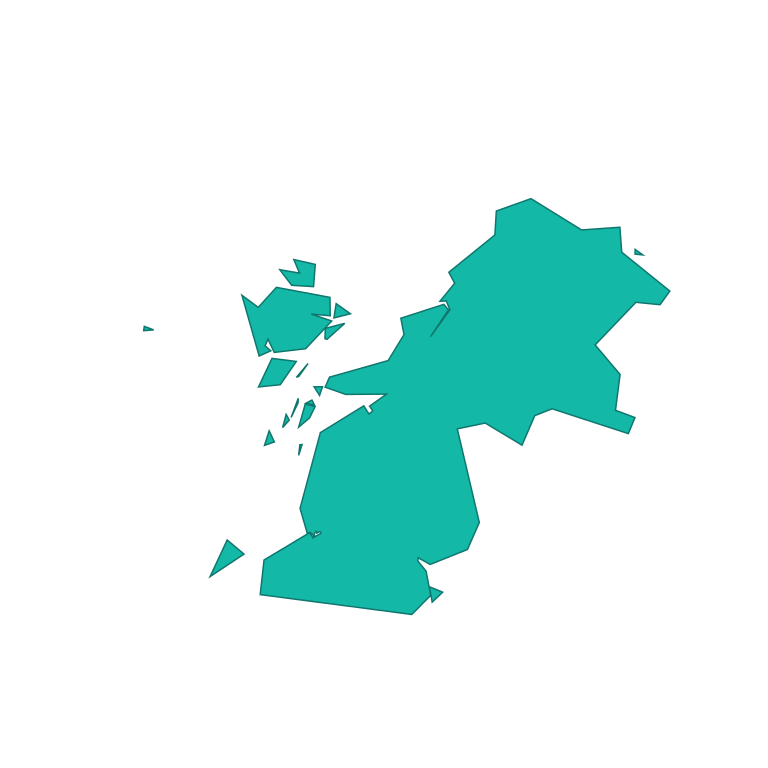 the district of Belitung, Bangka-Belitung, Indonesia, rotated 30°
{"feature_id": "22746128B80009106787015", "entity_name": "Belitung", "entity_type": "district", "adm_level": 2, "iso_a3": "IDN", "parent_name": "Indonesia", "parent_adm1": "Bangka-Belitung", "projection": "robinson", "projection_center": [107.612, -2.94], "detail": "medium", "context": "isolated", "style": "filled", "palette": "teal", "viewbox_px": 768, "rotation_deg": 30, "n_neighbors": 0, "source": "geoboundaries", "source_scale": "gbopen_adm2", "svg_char_len": 1987}
<svg xmlns="http://www.w3.org/2000/svg" viewBox="0 0 768 768"><g transform="rotate(30 384 384)"><path d="M585.1,160.6L524.0,151.0L509.9,130.3L478.1,151.8L418.6,150.0L394.8,178.0L405.5,199.5L384.3,254.8L394.8,261.4L391.1,284.4L396.4,280.9L404.0,286.8L400.6,319.8L402.8,287.6L396.0,285.1L365.7,318.6L376.6,331.2L375.9,361.6L333.4,405.3L334.6,416.2L356.0,412.2L391.2,391.5L382.6,410.4L387.2,412.6L387.4,414.0L385.9,417.5L377.4,413.0L353.2,457.9L373.5,533.7L392.0,551.5L394.3,549.4L399.0,550.3L399.3,552.2L400.5,550.2L398.7,549.7L398.6,545.6L399.4,545.4L400.4,546.7L402.0,544.1L403.4,543.8L404.1,544.7L399.5,552.6L393.8,550.1L368.1,596.4L382.1,628.3L523.3,569.7L530.1,543.7L514.1,525.1L501.9,520.4L500.5,517.4L514.2,517.2L539.0,485.6L535.8,456.3L469.9,386.2L491.2,367.2L534.1,368.0L530.4,336.0L542.0,321.4L620.4,304.8L618.1,287.6L597.6,291.0L583.7,257.7L547.3,244.6L561.3,187.3L583.4,177.3L585.1,160.6ZM293.9,336.0L242.5,354.1L236.8,380.5L216.6,378.2L261.9,422.2L269.4,411.8L261.9,410.4L261.2,403.2L273.2,411.5L298.5,392.6L307.2,355.6L286.1,359.8L303.3,351.8L293.9,336.0ZM296.8,408.3L274.2,417.8L276.8,449.3L294.5,436.5L296.8,408.3ZM264.7,314.8L243.7,321.3L255.4,330.2L236.6,337.1L254.7,344.7L274.3,334.9L264.7,314.8ZM347.8,601.3L326.2,597.5L329.7,637.7L347.8,601.3ZM335.6,438.0L325.8,440.6L331.7,464.0L336.5,450.6L335.6,438.0ZM318.0,489.0L308.0,482.0L311.2,496.9L318.0,489.0ZM538.9,535.0L524.7,536.9L534.8,548.8L538.9,535.0ZM319.8,340.0L302.4,338.3L307.6,351.8L319.8,340.0ZM319.7,351.1L305.4,365.1L310.2,374.3L312.3,373.8L319.7,351.1ZM332.1,417.1L324.9,421.4L333.9,426.1L332.1,417.1ZM320.3,459.4L319.0,443.4L316.9,439.3L320.3,459.4ZM318.0,472.4L320.0,462.6L314.5,459.3L318.0,472.4ZM306.4,420.0L308.0,404.2L304.8,422.0L306.4,420.0ZM543.6,142.8L534.2,141.9L536.5,146.0L543.6,142.8ZM157.5,452.3L147.6,453.9L149.2,458.0L157.5,452.3ZM329.6,433.9L326.0,439.7L334.2,437.0L329.6,433.9ZM345.8,488.5L343.3,477.4L341.5,478.7L345.8,488.5Z" fill="#14b8a6" stroke="#0f766e" stroke-width="1.5"/></g></svg>